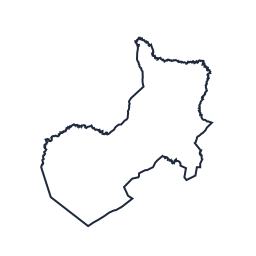 the district of Kaoma, Western, Zambia, rotated 345°
{"feature_id": "96606910B45616226024157", "entity_name": "Kaoma", "entity_type": "district", "adm_level": 2, "iso_a3": "ZMB", "parent_name": "Zambia", "parent_adm1": "Western", "projection": "natural_earth1", "projection_center": [24.477, -14.518], "detail": "fine", "context": "isolated", "style": "outline", "palette": "slate", "viewbox_px": 256, "rotation_deg": 345, "n_neighbors": 0, "source": "geoboundaries", "source_scale": "gbopen_adm2", "svg_char_len": 5833}
<svg xmlns="http://www.w3.org/2000/svg" viewBox="0 0 256 256"><g transform="rotate(345 128 128)"><path d="M210.4,144.6L207.0,142.3L206.0,142.2L205.0,140.5L204.1,139.9L202.9,139.6L202.4,139.0L201.7,136.8L202.6,134.4L202.2,134.2L201.8,134.6L201.0,134.3L201.9,132.3L201.7,131.7L201.4,131.6L201.6,130.8L201.3,131.0L201.1,130.6L201.0,130.0L201.5,130.2L201.9,129.7L201.8,129.0L202.2,128.2L201.9,127.7L202.3,127.7L202.4,127.2L202.1,126.9L202.7,126.5L202.9,125.5L202.6,125.1L203.1,124.0L204.4,123.0L204.5,122.2L205.2,121.4L206.7,120.1L207.7,119.7L207.3,119.3L207.6,118.8L207.3,118.3L207.7,118.1L207.3,117.8L207.7,117.2L208.4,117.2L209.2,116.6L209.2,116.2L211.0,115.5L210.9,115.0L211.6,114.4L211.6,113.8L213.9,112.3L213.6,111.6L213.9,110.6L213.6,109.3L214.1,107.8L214.0,107.1L214.8,106.6L214.8,106.0L215.7,105.6L215.6,104.7L216.0,103.5L216.4,103.4L217.6,102.1L217.3,101.2L217.6,100.9L218.5,101.1L218.9,100.9L218.5,99.3L219.1,98.8L219.1,98.3L218.6,97.8L218.5,97.2L219.5,96.3L221.6,96.3L221.4,95.5L222.0,95.0L221.6,94.4L221.8,93.4L221.3,93.0L219.7,93.0L219.4,92.7L219.7,90.8L220.6,91.0L220.8,90.4L220.1,90.1L219.6,89.2L218.8,89.3L218.6,88.7L217.7,88.6L217.8,88.2L218.5,88.2L218.7,87.9L218.3,86.5L218.4,86.0L216.4,86.0L217.1,84.7L218.0,84.6L218.3,82.9L218.1,82.6L217.2,82.6L216.7,82.1L215.3,82.1L214.9,81.3L214.5,81.2L213.3,81.6L212.9,82.3L211.6,81.3L211.3,81.9L211.8,82.1L212.0,82.5L211.8,82.8L210.1,81.6L209.5,82.4L208.9,82.6L208.3,80.6L207.9,80.8L207.8,81.4L207.4,81.4L207.2,80.6L206.4,81.1L205.6,80.2L204.3,80.1L204.1,80.3L203.2,79.5L202.2,80.7L201.0,81.0L201.0,80.5L200.5,79.8L199.6,79.2L198.3,79.1L197.5,78.2L196.5,78.5L196.2,77.6L194.0,77.4L193.8,77.2L194.0,76.2L193.2,76.1L191.7,74.7L190.6,74.8L189.7,74.3L188.9,74.4L188.6,74.7L187.9,74.3L187.3,74.5L186.8,73.6L185.8,73.5L185.5,72.9L184.9,72.9L184.8,72.5L183.8,72.2L183.1,73.0L182.7,72.8L182.8,72.5L182.0,72.6L180.4,73.2L180.2,72.1L179.7,71.9L179.5,71.0L178.8,71.2L177.8,70.0L177.5,68.6L175.7,68.6L174.6,69.6L174.1,69.6L174.6,68.1L173.2,67.5L172.4,67.8L172.1,67.3L172.7,66.2L172.6,65.2L171.6,65.2L170.5,64.6L170.5,62.5L171.4,62.9L171.7,61.5L172.2,61.2L172.1,60.3L172.4,59.4L172.1,58.6L172.3,57.9L171.9,56.4L172.0,54.9L171.6,54.2L171.8,53.5L171.0,53.6L170.4,53.0L169.8,54.1L169.5,53.9L169.3,53.6L169.7,52.9L169.2,50.1L168.3,50.4L167.8,50.3L167.9,49.0L166.7,48.8L166.2,47.2L165.3,47.1L164.6,46.5L164.8,46.2L164.6,44.9L164.2,44.9L163.4,45.7L163.0,45.2L162.9,43.9L161.9,43.6L161.3,44.2L161.7,44.8L161.4,45.2L160.3,44.9L159.7,45.2L159.1,45.6L159.2,46.5L158.9,46.7L157.5,46.2L157.5,47.6L158.8,49.7L158.4,50.5L160.0,50.6L159.6,51.6L158.9,52.1L158.2,53.1L158.2,53.7L156.5,57.4L154.5,63.8L154.6,66.0L155.0,66.7L155.2,68.1L154.9,68.8L155.3,69.8L155.0,71.6L155.5,72.8L156.2,73.5L156.0,75.1L156.7,77.2L155.2,83.5L154.5,84.9L153.8,88.6L153.7,92.1L138.7,99.9L136.1,102.3L135.7,103.2L135.9,105.1L134.8,106.6L134.7,107.9L133.6,110.3L132.3,111.7L132.0,113.5L130.2,118.3L128.9,119.4L126.9,119.9L122.4,122.8L119.8,122.4L117.4,123.3L115.5,124.4L114.8,125.4L113.7,126.2L110.7,127.2L108.7,128.4L106.4,128.9L105.7,128.3L106.4,127.7L106.5,127.1L106.2,126.8L105.7,126.7L103.6,127.9L101.8,127.0L102.6,124.3L101.4,124.4L100.3,125.1L99.9,124.9L99.7,124.5L100.1,123.5L100.0,122.3L99.4,122.3L98.8,122.8L98.2,121.9L97.3,121.3L96.4,121.5L95.9,121.3L95.2,119.1L94.6,118.9L94.2,119.3L93.7,118.8L93.4,116.2L91.7,116.6L89.3,116.4L87.7,117.2L86.8,116.3L87.3,114.7L86.8,114.1L84.1,113.6L83.5,114.5L83.4,114.0L82.6,113.9L82.5,114.1L82.1,113.7L81.7,114.0L81.3,113.4L80.7,114.1L80.6,113.7L80.3,113.7L80.5,113.3L80.2,113.3L80.1,112.3L79.7,111.9L78.8,111.8L78.3,112.3L78.1,111.6L77.7,111.6L77.1,110.9L76.9,111.2L76.4,110.6L75.6,111.1L75.7,111.5L75.3,110.8L74.2,111.2L73.7,111.7L72.9,111.3L72.7,112.1L71.8,112.5L71.3,112.2L71.3,111.9L70.8,112.0L70.5,111.7L70.3,112.2L70.1,111.8L69.9,112.0L70.0,112.5L69.6,112.2L69.4,112.4L68.7,112.2L68.4,113.0L67.7,112.8L68.0,113.1L67.6,113.4L67.5,114.2L66.5,114.2L66.7,114.3L66.6,114.9L65.1,114.5L65.0,115.1L63.9,115.4L63.5,115.0L62.9,115.2L62.2,114.9L62.4,115.5L61.6,115.3L61.0,116.0L60.4,115.8L60.1,116.3L60.0,116.1L59.5,116.2L59.6,116.9L58.9,117.7L57.8,117.9L56.0,116.6L55.7,116.7L54.7,116.9L53.7,116.3L52.3,116.7L51.6,117.3L52.0,117.5L51.5,118.4L51.5,119.4L51.0,120.0L50.6,119.7L50.7,119.9L49.9,120.6L48.7,120.2L48.5,118.5L47.5,118.5L47.4,117.8L46.4,117.8L46.7,118.2L45.9,118.3L46.1,118.5L45.6,119.2L45.7,120.0L46.2,120.5L45.9,120.7L46.1,121.2L45.2,121.6L45.1,122.2L43.1,122.6L42.8,123.8L42.5,123.9L42.3,124.9L42.5,125.5L42.7,125.4L42.5,125.8L42.9,126.0L42.8,126.5L43.5,127.7L42.3,128.8L40.8,129.5L40.7,130.3L41.2,131.1L41.0,131.7L40.0,132.6L39.3,132.5L38.9,132.8L38.3,134.8L38.6,136.1L36.9,136.9L37.0,140.1L36.4,140.8L36.1,140.6L35.5,141.0L35.5,141.4L34.5,142.3L34.5,142.8L34.0,143.5L35.5,174.8L64.1,212.4L70.3,210.3L75.2,209.1L82.2,207.0L87.8,204.9L92.9,204.0L95.1,204.2L101.7,202.5L114.0,197.3L110.5,193.5L108.9,184.0L119.0,178.0L125.2,178.3L126.1,177.4L127.0,174.6L133.7,173.2L135.6,173.6L142.1,172.3L145.4,168.5L148.1,166.8L154.0,164.0L154.1,164.3L156.6,165.7L156.6,166.0L155.9,166.1L156.1,166.8L156.8,166.7L157.5,166.1L158.1,166.4L158.7,167.6L158.3,169.0L159.4,168.9L160.0,169.7L159.8,170.3L160.4,170.5L161.0,170.2L160.9,170.9L161.5,171.8L161.6,171.0L161.9,171.0L162.1,172.4L161.6,173.1L161.8,173.5L162.2,173.3L163.3,174.0L164.6,171.6L166.2,170.8L166.0,172.5L167.5,172.6L169.0,174.0L169.0,174.7L169.5,175.7L168.9,177.9L173.6,181.8L169.7,190.2L171.0,193.4L180.8,191.4L184.4,183.7L187.6,184.6L188.5,181.1L191.6,177.5L191.3,177.3L191.3,176.2L192.1,173.7L191.6,172.4L191.2,172.7L191.1,172.3L190.8,172.3L190.7,171.0L190.9,170.5L192.2,169.5L192.7,168.7L192.2,168.7L192.4,168.4L192.1,168.3L192.2,168.0L188.6,159.8L189.6,159.3L191.8,156.0L192.0,155.3L193.0,154.3L194.6,154.0L197.6,152.5L199.1,152.1L202.3,150.2L204.2,148.1L210.4,144.6Z" fill="none" stroke="#1e293b" stroke-width="2"/></g></svg>